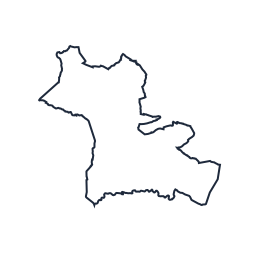 outline of Molcaxac, Puebla, Mexico, rotated 344°
{"feature_id": "50627088B79768269468288", "entity_name": "Molcaxac", "entity_type": "district", "adm_level": 2, "iso_a3": "MEX", "parent_name": "Mexico", "parent_adm1": "Puebla", "projection": "mercator", "projection_center": [-97.869, 18.674], "detail": "fine", "context": "isolated", "style": "outline", "palette": "slate", "viewbox_px": 256, "rotation_deg": 344, "n_neighbors": 0, "source": "geoboundaries", "source_scale": "gbopen_adm2", "svg_char_len": 5805}
<svg xmlns="http://www.w3.org/2000/svg" viewBox="0 0 256 256"><g transform="rotate(344 128 128)"><path d="M206.3,188.7L204.5,188.0L204.3,187.6L202.2,185.7L201.6,184.9L198.7,183.5L197.8,182.3L186.5,181.2L186.7,180.1L186.4,179.3L184.6,176.1L184.2,176.1L183.8,175.9L183.2,175.3L182.7,175.3L182.0,174.7L181.7,174.6L181.2,174.8L180.1,174.5L179.6,174.1L179.1,173.5L179.0,172.7L178.6,172.5L177.9,171.6L177.8,171.2L177.3,171.0L177.1,170.3L176.5,170.1L175.7,169.1L174.5,167.9L174.6,167.5L174.2,167.3L173.3,165.8L172.7,164.3L171.7,163.2L171.2,163.1L171.1,162.6L171.0,162.3L170.5,162.1L170.0,161.5L170.1,161.2L169.8,160.5L170.8,160.9L171.1,160.7L171.3,160.8L171.8,160.7L172.5,161.0L173.6,160.8L174.9,160.5L177.3,159.2L179.8,158.7L181.2,158.1L182.3,157.2L182.4,156.0L182.6,155.9L183.5,155.5L183.7,155.3L187.1,154.3L189.0,153.4L190.0,151.8L190.2,151.1L189.1,146.3L188.8,145.1L188.5,144.8L188.5,143.4L185.8,141.8L185.6,141.9L184.7,140.9L182.3,139.4L182.3,139.1L181.7,138.7L181.2,138.7L180.7,138.2L178.9,137.5L177.3,135.9L176.7,135.9L176.5,137.2L176.1,137.3L173.2,134.5L172.8,134.8L172.5,135.4L172.5,136.0L171.8,137.9L170.9,138.0L170.7,137.7L169.5,137.2L167.9,137.1L165.4,137.0L162.5,137.2L161.8,139.0L158.7,137.3L156.8,137.1L154.1,137.7L151.3,139.0L150.4,139.1L149.5,138.7L149.4,139.1L145.5,139.2L142.3,138.7L137.7,132.4L137.9,130.4L138.3,130.3L140.2,127.4L142.1,128.0L144.4,128.5L147.6,128.8L151.4,128.7L151.7,128.9L153.1,128.8L153.6,128.5L154.8,128.3L156.0,128.5L157.9,128.3L157.9,127.7L158.5,127.8L160.6,127.4L161.4,127.1L162.0,126.6L162.0,125.9L160.7,125.0L157.9,124.8L155.8,124.2L154.6,124.1L154.4,123.6L151.1,121.4L150.7,121.0L150.0,120.7L149.5,120.1L148.9,119.9L147.1,118.9L146.8,119.6L144.1,118.1L144.7,116.2L144.5,115.9L144.6,115.6L145.2,114.4L145.2,113.4L145.4,112.3L146.1,111.1L146.1,106.3L146.4,105.7L147.0,103.5L152.3,103.4L153.4,103.1L153.3,101.5L153.2,101.5L153.6,99.5L153.0,97.7L153.2,95.6L153.0,92.3L154.5,91.7L156.7,89.5L157.0,89.1L156.8,89.0L157.2,87.3L157.3,87.3L159.2,84.6L159.4,83.3L159.6,82.5L160.2,82.1L160.4,81.6L159.9,80.2L159.4,78.4L158.0,75.7L156.6,71.0L155.2,69.3L154.8,69.9L154.0,69.2L154.4,68.5L153.7,67.8L154.1,67.0L153.2,66.4L153.8,65.5L151.7,64.9L151.5,65.2L150.7,64.4L150.6,64.6L148.9,63.4L149.4,62.7L145.5,58.5L144.8,56.9L143.6,55.5L142.7,56.0L141.9,57.0L141.5,57.1L141.2,57.4L140.8,58.0L140.9,58.6L140.7,58.8L140.5,59.4L140.0,59.8L140.0,60.5L139.1,60.6L138.1,61.7L137.8,61.8L137.4,62.2L137.0,62.4L136.7,62.3L135.4,62.4L134.7,62.3L133.7,62.8L133.2,62.9L132.8,63.3L132.3,63.4L131.9,63.7L131.9,64.0L131.6,64.0L131.3,64.0L129.7,63.8L129.0,64.0L127.1,65.2L126.8,65.0L126.4,65.1L125.3,66.1L121.0,61.8L119.5,61.0L119.1,61.0L119.0,60.7L118.3,61.1L117.1,61.2L113.4,59.6L111.0,59.1L110.8,59.9L105.3,55.8L102.5,53.3L105.1,52.5L105.5,52.2L105.6,51.8L102.2,42.5L102.7,36.6L101.0,36.1L98.8,35.7L95.5,33.8L95.1,33.3L94.1,33.6L93.5,34.7L90.5,36.7L89.8,36.6L88.8,36.9L87.6,36.4L87.3,36.7L86.7,37.0L86.3,37.0L86.2,37.3L85.7,37.5L84.3,37.6L83.4,37.4L83.0,36.1L81.0,35.9L80.1,36.8L79.7,37.5L79.5,38.7L79.8,40.4L80.2,41.0L81.0,41.6L81.8,43.0L81.9,44.1L81.9,47.8L81.1,49.3L80.9,53.0L80.6,53.4L80.4,54.4L79.6,55.4L78.7,56.1L78.4,56.6L78.2,56.8L78.1,57.4L77.6,58.0L76.9,59.4L75.6,60.5L75.5,61.4L74.6,63.9L74.1,64.5L74.1,65.0L73.9,65.2L73.1,65.2L51.6,75.6L49.7,77.2L50.7,77.0L51.6,77.2L53.9,77.9L54.3,78.4L55.2,78.8L55.9,79.8L56.7,80.5L56.6,80.8L56.0,81.2L57.6,82.7L57.6,83.6L58.4,84.3L59.8,84.7L61.5,85.7L62.0,87.1L63.9,89.2L64.9,89.5L65.9,89.4L66.7,89.5L67.3,90.1L67.9,90.3L68.1,90.6L68.6,90.7L69.0,91.0L69.7,91.9L70.5,92.2L70.8,92.4L71.1,93.3L72.2,94.4L72.3,94.9L72.6,94.9L73.4,95.4L74.5,95.8L75.0,96.7L75.3,96.9L76.9,96.7L77.4,96.9L78.0,100.1L78.4,100.5L80.0,101.1L81.0,100.6L81.2,100.8L81.4,101.5L81.8,101.8L82.1,101.0L82.6,100.9L83.2,101.1L84.0,101.8L84.6,102.5L86.9,102.8L87.6,103.5L87.5,104.1L88.4,105.1L89.7,107.2L90.3,107.8L90.5,107.8L91.8,109.8L92.1,110.6L92.8,130.7L92.7,131.5L91.5,133.6L90.5,137.1L90.0,137.5L88.6,137.8L88.2,138.2L87.6,141.1L87.0,142.3L87.1,144.7L85.3,148.6L84.8,148.4L84.2,149.6L83.7,150.9L83.4,153.1L82.3,153.9L82.6,154.0L81.7,154.7L76.4,158.0L76.0,158.5L74.8,163.2L74.9,163.4L74.7,166.3L73.7,166.6L70.7,178.2L68.7,182.1L68.7,183.0L69.0,183.5L73.9,190.3L74.3,191.6L74.4,192.8L75.0,191.7L75.7,191.6L76.6,192.0L77.7,191.9L78.2,191.6L79.3,190.0L80.4,189.3L81.0,189.3L81.9,189.9L82.3,189.9L82.7,189.6L82.6,189.1L83.0,188.3L83.5,187.8L84.4,187.9L85.3,188.4L85.8,188.3L86.3,187.8L86.5,187.4L86.7,185.5L87.5,184.7L87.9,184.5L88.3,184.5L90.7,185.7L91.9,185.5L93.1,185.8L93.5,186.1L94.9,188.2L95.6,188.6L97.0,188.5L98.3,187.4L99.2,187.3L103.0,188.8L104.1,190.1L104.9,190.3L105.0,190.1L105.1,189.7L104.4,188.3L104.5,188.0L105.0,187.9L106.4,188.7L107.5,189.7L108.4,189.9L110.2,190.8L112.1,191.2L113.7,192.0L114.2,191.9L114.5,190.4L115.1,189.7L115.9,189.6L116.8,189.6L117.7,190.0L117.8,190.9L118.0,191.2L118.6,191.5L120.3,191.9L121.4,192.4L122.0,192.4L122.9,191.9L123.3,191.9L126.5,193.6L127.0,193.5L128.1,192.8L128.8,192.8L129.7,193.0L130.2,193.8L130.5,194.9L130.6,195.0L131.0,195.1L134.0,193.9L134.3,194.4L134.1,195.3L134.3,195.6L135.4,197.2L136.2,197.2L137.7,196.1L138.3,196.2L138.6,196.6L139.2,198.0L139.3,198.6L139.3,199.3L138.8,200.4L138.6,201.1L138.7,201.5L138.9,201.9L140.2,202.5L143.2,203.3L144.0,204.2L144.0,204.8L144.6,205.1L146.9,204.0L147.6,203.9L148.1,204.0L148.4,204.3L148.6,204.7L148.5,205.2L147.9,206.3L147.6,207.3L148.0,208.2L148.5,208.6L150.8,208.7L151.1,208.2L151.7,208.2L152.5,207.8L153.5,206.8L153.8,206.4L153.8,205.8L153.5,204.9L153.7,204.1L155.2,201.3L156.6,200.1L158.1,201.6L158.2,202.4L160.4,204.6L162.4,205.4L164.5,207.6L168.1,210.1L168.7,211.4L169.2,214.5L169.7,215.1L174.9,220.2L176.0,220.9L177.2,222.1L177.8,222.4L178.4,222.2L178.9,222.2L181.2,222.7L182.0,222.5L188.9,212.5L200.1,202.0L206.3,188.7Z" fill="none" stroke="#1e293b" stroke-width="2"/></g></svg>